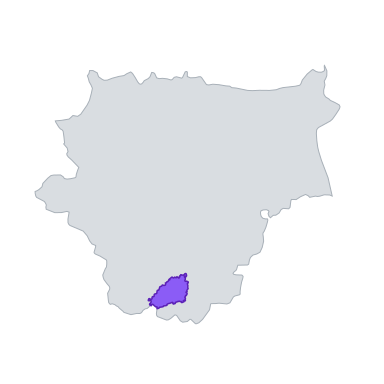 location of Polotsk, Vitebsk, Belarus, rotated 174°
{"feature_id": "67162791B45929653886900", "entity_name": "Polotsk", "entity_type": "district", "adm_level": 2, "iso_a3": "BLR", "parent_name": "Belarus", "parent_adm1": "Vitebsk", "projection": "albers", "projection_center": [28.82, 55.497], "detail": "fine", "context": "in_parent", "style": "filled", "palette": "violet", "viewbox_px": 384, "rotation_deg": 174, "n_neighbors": 0, "source": "geoboundaries", "source_scale": "gbopen_adm2", "svg_char_len": 8737}
<svg xmlns="http://www.w3.org/2000/svg" viewBox="0 0 384 384"><g transform="rotate(174 192 192)"><path d="M320.5,277.0L314.1,276.9L306.6,277.4L302.4,280.5L297.8,279.2L294.5,281.0L287.3,289.3L284.4,293.8L281.8,300.6L280.2,305.6L281.3,309.1L282.7,312.3L283.2,315.8L283.9,318.5L282.1,320.6L281.1,323.5L277.8,323.1L273.8,320.4L272.9,316.4L269.9,313.7L267.8,312.3L264.6,312.1L259.4,313.5L252.5,314.6L247.4,314.9L244.6,316.4L240.4,317.8L238.8,316.2L236.5,311.7L234.5,307.2L233.2,305.2L232.1,304.6L230.7,304.8L229.1,306.2L227.9,307.7L223.6,309.4L221.7,311.0L219.6,315.1L218.2,314.8L216.8,313.9L215.2,309.2L212.9,308.2L209.3,308.1L204.8,307.1L201.2,305.6L199.9,305.9L197.7,307.9L195.4,308.2L190.3,306.3L189.3,307.1L186.2,312.2L184.8,312.4L184.1,311.8L184.6,307.3L181.6,305.7L176.6,305.4L173.1,305.9L171.4,305.7L170.5,304.8L166.4,297.3L164.1,296.7L160.0,297.0L154.0,295.9L147.2,294.0L143.4,293.3L141.5,291.6L137.3,290.8L126.0,287.2L121.3,286.5L114.5,286.1L104.1,284.9L97.4,284.9L94.2,285.8L90.6,286.3L78.2,286.4L73.7,286.9L72.3,288.4L70.6,291.8L65.1,297.3L59.8,300.9L58.9,301.2L56.1,298.9L53.8,298.0L50.9,297.6L48.9,298.1L47.5,299.0L47.3,303.6L47.0,304.0L45.2,298.4L45.8,293.5L47.2,290.8L48.9,288.4L48.6,284.5L50.4,279.6L50.7,276.0L50.2,274.4L49.1,272.5L46.1,270.2L44.8,268.6L40.6,266.1L36.5,263.2L35.9,261.5L36.2,260.4L37.1,258.8L40.8,254.2L44.7,249.8L47.1,248.1L59.5,242.9L61.5,240.9L62.2,237.3L62.5,230.1L62.3,223.4L61.7,218.8L60.0,210.1L55.2,191.9L53.0,173.3L55.3,174.6L60.8,175.4L65.3,174.5L67.6,174.4L69.6,175.0L75.5,174.4L76.8,176.1L79.3,177.7L84.5,176.0L89.2,173.6L93.9,174.2L94.6,173.0L96.1,166.5L97.6,165.2L103.1,166.2L105.3,165.1L107.6,162.0L111.0,160.2L113.7,160.3L116.7,158.2L118.0,159.8L118.6,162.5L117.5,164.6L117.9,165.5L119.8,166.6L123.2,166.7L125.4,166.0L126.0,164.7L126.1,162.5L125.7,160.4L124.3,158.5L121.6,157.5L119.8,157.4L119.5,156.2L120.3,153.8L122.1,149.4L124.3,145.4L125.6,143.9L125.9,142.5L125.8,140.1L125.9,135.6L128.0,129.5L130.7,125.0L134.0,123.6L138.0,122.9L140.7,120.8L142.0,118.3L143.2,114.3L144.5,113.6L154.1,114.4L155.7,110.5L156.5,109.4L158.4,108.2L159.7,106.9L159.2,105.8L156.8,105.0L151.1,104.2L150.0,102.8L150.4,101.2L152.1,97.2L153.7,91.9L154.6,87.8L154.8,85.4L155.6,84.8L160.2,84.1L161.8,83.3L165.9,77.8L169.0,77.0L176.7,78.6L180.3,78.6L184.8,79.0L185.2,78.5L186.9,73.0L194.8,64.2L198.9,61.2L201.5,60.5L202.4,60.7L206.4,65.4L207.4,65.6L210.2,63.7L214.9,63.5L217.1,65.2L220.2,70.9L221.8,71.6L226.5,68.4L229.0,67.3L230.7,67.3L239.4,71.7L240.1,73.2L240.1,74.9L238.8,80.1L240.7,83.3L242.8,85.5L247.3,81.8L248.9,80.8L250.7,80.7L253.1,79.4L254.8,77.3L256.5,76.6L259.7,77.0L265.5,76.4L272.3,79.4L272.9,80.4L276.4,84.0L277.6,85.8L278.8,86.4L280.6,88.1L283.1,89.2L284.8,88.8L285.6,89.4L286.4,90.8L286.5,93.2L286.5,100.1L284.1,103.8L283.8,105.1L284.0,106.6L286.0,109.5L288.7,114.1L289.3,116.8L289.4,118.8L286.2,124.8L285.0,126.2L284.3,129.2L284.0,132.2L284.3,133.4L290.2,137.9L294.6,140.4L295.6,141.6L295.7,142.3L293.6,147.5L293.4,148.9L296.9,150.8L298.9,154.1L300.8,159.4L304.3,164.5L316.9,171.5L318.0,172.9L318.5,174.5L318.2,178.0L316.3,184.8L318.4,185.8L323.9,185.2L330.6,185.8L338.8,190.1L338.9,192.3L338.2,194.3L338.9,196.3L339.8,198.0L347.1,202.9L347.8,204.4L348.1,207.0L348.0,208.9L346.1,209.4L344.0,210.4L340.6,212.9L339.4,216.2L333.9,220.9L330.5,223.1L327.7,223.3L321.0,222.7L318.5,220.6L317.5,218.7L314.9,217.9L311.5,217.9L306.8,218.4L305.8,219.1L305.2,221.6L303.3,225.9L302.0,228.3L308.3,236.4L311.4,239.8L312.5,241.8L312.5,243.3L311.1,245.1L311.5,248.7L314.6,253.2L313.6,254.0L313.6,259.8L313.8,265.9L314.7,267.4L316.3,268.5L317.8,270.7L320.2,275.7L320.5,277.0Z" fill="#d9dde1" stroke="#a8b0b8" stroke-width="1"/><path d="M244.6,83.2L244.1,83.7L243.2,84.4L242.8,84.4L242.3,84.0L241.5,83.0L240.7,82.2L240.1,81.6L239.6,81.5L239.1,81.5L238.8,81.3L238.7,80.8L238.9,80.2L238.9,79.7L238.1,79.7L237.5,79.8L237.0,80.0L236.7,80.3L236.3,80.7L236.2,80.7L235.0,80.8L234.5,80.8L233.0,80.9L232.7,81.0L232.4,81.2L232.3,81.6L232.1,81.7L229.6,81.7L229.4,81.8L229.3,82.0L229.2,82.1L228.8,82.1L228.7,82.1L228.6,82.6L228.5,82.8L228.4,83.0L228.2,83.1L227.5,83.3L227.3,83.4L227.1,83.5L226.7,83.5L226.3,83.6L225.6,83.6L225.4,83.7L224.7,83.9L223.9,84.1L223.5,84.3L223.1,84.3L223.0,84.2L222.8,84.0L222.6,83.8L222.7,83.7L222.7,83.2L222.6,82.9L222.3,82.6L222.0,82.7L221.9,82.6L221.7,82.5L221.3,82.9L221.1,83.0L220.9,83.0L220.7,82.9L220.4,82.9L220.3,83.3L220.0,83.5L219.9,83.6L219.9,83.9L219.8,84.0L219.2,84.1L218.8,84.3L218.7,84.3L218.3,84.3L218.1,84.3L217.7,84.6L217.4,84.6L217.1,84.7L216.8,84.5L216.6,84.5L216.3,84.6L216.1,84.7L215.7,84.6L215.1,84.2L214.9,84.2L214.6,84.2L214.3,84.2L214.2,84.1L214.1,83.4L213.9,83.2L213.7,83.1L213.3,83.1L212.7,83.4L212.0,83.5L211.5,83.7L211.4,83.9L211.4,84.0L211.5,84.1L211.8,84.4L211.9,84.5L212.0,84.6L211.9,84.9L211.7,85.0L211.2,85.0L211.0,84.9L210.9,84.8L210.8,84.7L210.6,84.4L210.3,84.4L210.2,84.5L209.9,84.8L209.9,85.0L210.0,85.1L210.3,85.3L210.2,85.8L210.0,86.0L209.7,86.4L209.7,86.5L209.7,86.9L209.7,87.1L209.7,87.3L209.9,87.4L210.1,87.6L210.1,87.8L210.1,88.1L209.9,88.5L209.6,88.7L209.4,88.8L209.3,89.0L209.3,89.5L209.2,89.7L208.8,89.8L208.5,89.8L208.3,89.9L208.2,90.1L208.1,90.5L207.7,90.9L207.6,91.0L207.5,91.8L207.8,92.2L208.0,92.3L208.3,92.6L208.4,92.8L208.4,93.0L208.2,93.1L207.9,93.2L207.6,93.3L207.4,93.4L207.3,93.6L207.5,93.8L207.5,94.0L207.5,94.3L207.4,94.5L207.0,95.2L206.8,95.4L206.5,95.8L206.1,96.1L206.0,96.3L206.0,96.6L206.1,96.8L206.1,97.0L206.2,97.6L206.1,98.0L206.1,98.4L206.0,98.9L205.9,99.1L205.9,99.4L206.0,99.7L206.1,100.2L206.1,100.6L206.1,100.8L206.2,101.0L206.2,101.3L205.7,101.7L205.4,102.0L205.2,102.2L205.2,102.4L205.2,102.7L205.2,102.9L205.3,103.1L205.5,103.1L206.0,103.3L206.1,103.6L206.3,103.8L206.6,103.9L207.0,103.9L207.3,103.8L207.5,103.8L207.8,103.8L208.0,103.9L208.2,104.1L208.3,104.4L208.3,104.5L208.4,104.8L208.1,105.3L207.9,105.6L207.8,105.8L207.7,106.7L207.7,106.9L207.6,107.1L207.6,107.4L207.7,107.5L207.8,107.7L208.0,107.8L208.1,108.0L208.3,108.1L208.4,108.4L208.4,108.6L208.4,108.8L208.4,109.0L208.1,109.1L207.8,109.1L207.6,108.9L207.4,108.8L207.3,108.6L207.0,108.3L206.8,108.4L206.7,108.6L206.2,109.1L206.2,109.3L206.1,109.7L206.2,110.1L206.2,110.6L206.3,111.1L206.4,111.3L206.6,111.5L206.9,111.6L207.2,111.6L207.5,111.5L207.7,111.4L208.2,110.9L208.5,110.7L208.8,110.4L209.1,110.2L209.4,110.2L209.6,110.3L209.8,110.3L210.4,110.4L210.6,110.4L210.8,110.5L211.1,110.7L211.3,110.8L211.7,110.9L211.9,110.8L212.0,110.7L212.1,110.4L212.1,110.2L212.5,110.0L212.9,109.9L213.0,109.7L212.9,109.1L213.0,108.9L213.1,108.7L213.4,108.6L213.6,108.6L213.7,108.2L213.9,107.8L214.1,107.8L214.3,107.9L214.6,108.1L214.9,108.7L215.2,108.7L215.4,108.9L215.6,109.1L215.8,109.3L216.0,109.2L216.1,108.9L216.2,108.6L216.3,108.5L216.7,108.4L216.9,108.4L217.1,108.5L217.4,108.7L217.6,108.9L217.9,109.1L218.3,109.1L218.6,108.8L218.7,108.7L218.9,108.6L219.0,108.5L219.5,108.5L219.9,108.7L220.1,108.9L220.4,109.3L220.6,109.4L220.8,109.4L221.1,109.4L221.3,109.3L221.8,108.9L222.0,108.8L222.4,108.5L222.6,108.4L222.9,108.2L223.1,108.0L223.4,107.9L223.6,107.8L223.7,107.7L223.3,107.5L223.2,107.3L223.2,107.2L223.4,107.0L223.5,106.9L223.8,107.0L224.0,107.1L224.4,106.9L224.6,106.6L224.8,106.3L224.9,106.1L225.3,105.5L225.7,105.3L225.8,105.3L226.3,105.3L226.5,105.2L227.0,104.5L227.2,104.4L227.5,104.3L227.9,104.3L227.9,104.0L227.9,103.8L227.9,103.5L227.9,103.2L228.0,102.7L228.1,102.4L228.3,102.2L228.7,102.1L229.0,102.1L229.4,102.0L229.6,102.1L230.0,102.1L230.6,102.4L230.7,102.5L231.2,102.6L231.4,102.4L231.6,102.2L231.8,101.8L231.9,101.7L232.1,101.5L232.3,101.5L232.7,101.4L233.4,101.3L233.9,101.0L234.1,100.7L234.2,100.4L234.3,100.2L234.4,99.9L234.5,99.5L234.7,99.2L234.8,98.9L235.0,98.7L235.2,98.2L235.4,97.9L235.7,97.9L236.3,97.9L236.6,97.8L236.8,97.7L237.0,97.3L237.1,97.0L237.2,96.6L237.4,95.9L237.5,95.3L237.6,95.1L237.8,94.8L238.3,94.6L239.4,94.5L239.8,94.4L240.0,94.3L240.2,94.1L240.3,93.8L240.4,93.6L240.4,93.3L240.5,92.9L240.6,92.3L240.7,92.2L240.9,92.0L241.1,91.9L241.3,92.0L241.6,92.0L241.9,92.1L242.2,92.0L242.6,91.7L242.8,91.2L242.8,90.6L242.9,90.0L243.1,89.9L243.5,89.8L243.6,89.7L243.9,89.4L244.1,89.4L244.3,89.5L244.7,89.8L244.8,89.9L244.9,90.1L245.1,90.3L245.3,90.4L245.8,90.4L246.1,90.3L246.2,90.2L246.3,89.8L246.6,89.4L246.8,89.1L246.8,88.9L246.7,88.5L246.4,88.4L246.3,88.6L246.0,88.6L245.8,88.5L245.6,88.3L245.4,88.3L245.2,88.4L245.2,88.5L244.9,88.6L244.7,88.5L244.4,88.3L244.3,88.1L244.1,87.9L244.1,87.4L244.1,87.1L244.2,86.8L244.3,86.6L244.4,86.4L244.8,86.0L245.5,85.5L245.7,85.3L245.8,85.1L245.9,84.9L245.9,84.6L245.9,84.4L245.8,84.1L245.7,84.0L245.4,84.1L245.4,84.4L245.3,84.5L245.2,84.6L244.9,84.8L244.7,84.7L244.5,84.4L244.7,84.2L244.9,84.0L245.0,83.8L245.0,83.7L244.8,83.4L244.6,83.2Z" fill="#8b5cf6" stroke="#5b21b6" stroke-width="1.5"/></g></svg>